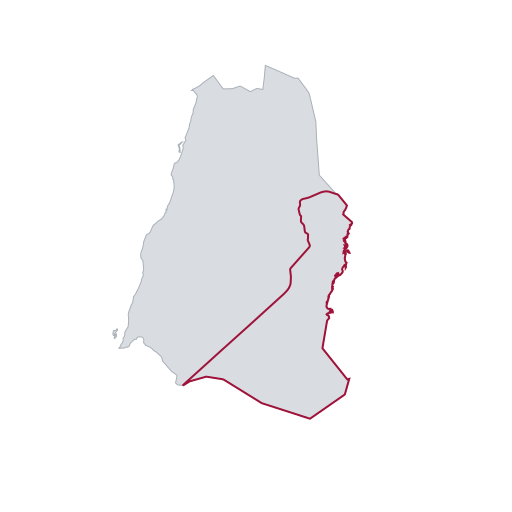 location of Ash Sharqiyah within Saudi Arabia, rotated 42°
{"feature_id": "SAU-1098", "entity_name": "Ash Sharqiyah", "entity_type": "Region", "adm_level": 1, "iso_a3": "SAU", "parent_name": "Saudi Arabia", "parent_adm1": "", "projection": "equal_earth", "projection_center": [49.771, 23.094], "detail": "fine", "context": "in_parent", "style": "outline", "palette": "rose", "viewbox_px": 512, "rotation_deg": 42, "n_neighbors": 0, "source": "natural_earth", "source_scale": "10m", "svg_char_len": 9426}
<svg xmlns="http://www.w3.org/2000/svg" viewBox="0 0 512 512"><g transform="rotate(42 256 256)"><path d="M358.7,361.5L315.6,369.3L313.3,370.1L299.8,379.0L290.5,393.8L288.3,400.8L287.2,401.9L285.4,403.3L283.7,404.3L281.1,404.1L278.0,398.7L277.2,397.6L276.5,397.5L270.7,398.3L258.7,396.8L256.7,396.5L254.1,394.7L253.4,394.3L252.7,394.2L246.5,394.1L243.3,394.7L240.4,394.5L237.3,394.8L236.2,395.5L235.0,395.5L234.2,396.1L233.5,396.4L232.7,395.8L231.8,396.0L230.4,395.5L229.5,394.3L228.6,393.3L227.7,392.7L226.7,392.4L225.8,392.4L224.7,393.0L224.0,393.6L222.2,395.6L222.2,396.4L222.9,397.6L222.7,398.2L221.7,398.9L221.3,400.8L221.2,401.9L221.0,404.4L221.4,406.4L222.0,407.1L222.0,408.0L221.7,409.7L220.7,410.2L220.0,411.8L219.6,412.6L218.8,413.4L215.9,416.3L215.8,414.6L214.9,412.2L214.8,410.4L214.4,408.7L213.6,407.3L212.2,405.9L212.1,404.0L211.0,402.1L209.6,400.6L208.9,397.8L208.3,394.1L204.6,389.2L200.0,384.7L198.6,382.1L196.4,376.9L195.3,372.8L192.2,368.1L192.1,366.3L191.7,364.1L191.0,361.7L190.6,359.7L187.6,351.3L186.6,349.9L185.8,348.0L185.6,346.5L185.3,345.7L183.2,344.4L181.2,340.8L175.1,335.2L172.1,334.6L169.7,332.6L168.0,330.0L166.2,325.4L163.0,320.5L160.4,313.6L161.3,311.1L161.3,309.3L160.5,306.3L159.7,304.0L159.1,301.8L159.7,298.7L160.0,295.2L160.6,293.3L161.0,291.3L160.6,287.2L159.7,285.0L159.9,283.5L158.8,282.8L158.0,281.3L158.9,281.3L157.4,279.1L156.8,277.8L156.3,274.9L155.6,272.6L153.2,267.4L152.1,264.3L149.6,260.2L146.8,257.2L145.0,255.8L144.1,254.6L142.6,254.5L141.0,252.8L139.9,252.7L138.4,252.4L136.9,249.0L135.6,245.8L133.3,241.7L133.9,240.6L134.7,238.8L134.4,236.5L134.1,234.9L133.2,232.1L130.0,225.0L129.1,223.9L127.6,222.8L126.9,219.7L126.5,216.9L124.2,215.6L120.6,205.7L118.3,202.3L117.5,199.9L115.0,196.1L113.8,192.3L111.2,188.8L109.1,182.8L105.7,176.7L104.2,175.7L100.5,175.3L98.9,174.8L97.4,176.1L97.4,174.5L98.5,172.1L100.2,167.3L100.7,163.0L103.5,150.4L119.3,153.7L120.1,153.5L126.4,147.6L130.1,140.9L130.9,140.2L141.6,137.7L142.0,137.3L144.3,131.4L144.6,131.0L144.9,130.7L149.6,127.7L142.6,117.6L135.4,108.1L165.3,98.2L165.9,98.0L168.1,95.7L181.0,98.2L186.0,99.3L187.6,100.2L210.7,116.2L222.0,127.8L248.8,153.4L249.1,153.6L273.6,156.2L276.2,155.5L282.9,156.5L289.7,157.7L290.9,160.7L291.4,162.8L291.8,164.9L293.1,166.8L298.8,166.7L304.7,166.6L305.5,168.5L305.9,170.3L307.4,174.8L309.6,178.3L310.1,179.5L310.5,181.4L310.1,182.1L309.9,183.0L311.6,184.9L314.3,186.5L315.4,186.9L316.6,187.6L315.6,188.7L317.2,191.3L319.1,193.9L321.1,194.5L323.8,198.4L327.8,201.0L330.3,204.3L330.1,204.4L329.3,204.1L328.4,203.6L328.1,204.0L328.2,205.4L328.4,207.1L329.7,208.5L330.8,209.5L331.3,211.5L330.4,215.7L330.1,215.7L329.5,215.3L328.8,215.2L328.5,215.5L329.3,218.5L330.0,220.8L330.9,222.7L331.7,225.4L332.3,226.5L334.9,229.4L335.8,231.8L336.5,236.2L338.2,238.7L339.1,240.7L340.3,242.3L341.1,244.5L342.2,246.2L342.7,246.7L343.6,246.8L344.7,246.9L346.0,246.4L347.3,246.0L348.4,246.9L349.5,246.7L349.6,247.5L348.9,248.6L348.0,251.4L349.3,251.9L350.5,252.1L351.4,252.5L351.9,252.5L351.9,253.1L352.0,255.8L352.3,256.8L367.2,280.2L406.2,286.6L406.5,286.5L407.5,284.9L414.6,299.3L404.9,340.8L358.7,361.5ZM203.3,409.1L204.5,409.2L204.1,408.6L204.0,408.2L204.5,407.3L206.2,409.3L206.1,411.6L205.9,412.1L205.5,411.6L205.2,411.1L205.1,410.6L204.6,410.0L203.0,410.4L201.9,409.8L200.5,407.8L200.1,406.4L200.7,406.1L201.4,405.4L201.8,404.3L201.4,403.1L202.3,403.3L202.8,404.5L202.8,407.2L203.0,407.8L202.7,408.4L203.3,409.1ZM129.5,230.2L129.1,230.2L128.1,228.8L127.5,227.8L126.9,227.2L124.0,225.8L123.7,224.9L124.1,224.0L124.4,224.9L124.9,225.4L127.3,226.7L129.9,229.4L130.3,229.6L129.5,230.2ZM125.1,223.5L124.9,223.8L124.3,223.1L124.4,221.5L125.0,220.6L124.9,221.9L125.1,223.1L125.1,223.5Z" fill="#d9dde1" stroke="#a8b0b8" stroke-width="1"/><path d="M340.3,243.2L341.4,245.4L342.2,246.4L342.9,246.8L343.9,247.0L344.7,247.0L345.5,246.6L346.5,245.6L346.6,245.8L347.3,245.6L347.7,246.1L347.9,245.9L347.9,246.3L347.7,246.6L347.7,246.8L347.8,247.0L347.8,247.7L347.9,247.8L348.1,247.7L348.3,247.5L348.8,246.6L349.2,246.2L349.3,246.0L349.3,245.5L349.5,245.6L350.0,245.7L350.2,246.3L350.6,246.3L350.8,246.5L350.0,247.1L349.9,247.4L349.5,247.9L349.3,248.4L348.4,249.2L347.9,250.1L347.8,251.3L347.5,251.4L347.5,252.1L348.5,252.3L348.9,252.2L349.3,251.8L349.6,251.8L350.6,252.0L350.8,252.3L351.3,252.9L351.9,253.1L352.0,253.9L352.0,255.8L352.1,256.3L352.3,256.8L366.9,279.8L367.2,280.1L367.6,280.2L406.2,286.6L406.5,286.6L407.5,284.9L414.4,298.9L414.6,299.3L414.6,299.8L405.0,340.8L358.8,361.5L314.6,369.5L313.2,370.2L300.0,378.8L299.6,379.2L290.6,393.5L290.4,394.1L288.6,400.4L288.1,401.2L293.3,350.4L297.6,309.7L302.1,265.4L302.2,260.9L302.0,258.4L301.6,256.9L301.0,255.1L300.4,253.8L299.8,252.9L295.9,248.1L290.6,243.4L290.3,243.0L290.0,242.3L289.9,241.4L289.7,214.2L289.5,213.2L289.2,212.4L288.8,212.0L284.0,209.7L283.7,209.5L283.4,209.1L283.0,208.3L280.5,205.4L280.2,205.1L279.9,205.0L279.5,205.0L277.2,205.5L276.5,205.4L275.8,205.0L272.1,201.8L271.2,201.2L270.5,200.9L269.9,200.8L267.4,200.7L266.7,200.5L266.4,200.3L265.8,199.8L264.4,198.1L263.4,196.8L263.1,196.5L262.8,196.2L261.4,196.1L260.7,195.8L256.5,192.9L256.1,192.5L255.8,191.9L255.6,191.4L255.2,189.6L255.0,189.2L254.8,188.8L254.1,188.0L252.7,186.8L252.1,185.9L252.0,185.5L252.0,185.1L252.0,184.4L252.1,183.8L252.5,182.7L252.9,182.0L255.4,178.4L256.2,177.1L261.6,165.4L262.6,163.8L263.7,162.3L265.2,160.7L267.3,159.3L274.4,156.2L274.6,155.9L276.2,155.5L289.7,157.6L290.6,159.4L291.4,162.0L291.5,163.6L291.8,164.8L292.0,165.3L293.0,166.2L293.1,166.8L304.5,166.6L304.9,167.1L305.5,167.4L305.5,167.6L305.7,168.4L305.7,169.1L305.5,169.6L305.2,169.4L305.1,169.7L305.4,169.7L305.6,169.6L305.8,169.5L305.9,169.1L306.1,169.3L306.1,169.5L305.9,169.8L305.8,170.3L305.9,171.1L306.1,171.5L307.3,173.1L307.4,173.3L307.2,173.7L307.0,174.1L307.0,174.5L307.1,174.9L307.8,176.2L307.8,176.5L308.5,177.0L309.2,177.0L309.9,177.3L309.8,177.7L309.7,177.7L309.2,177.8L309.2,178.2L309.6,178.8L309.9,179.2L310.2,179.3L310.6,180.0L311.2,180.7L311.2,180.9L311.1,181.3L311.1,181.8L311.1,182.1L310.8,182.7L310.6,182.9L310.7,182.5L310.7,182.0L310.7,181.7L310.9,181.4L310.8,181.1L310.6,181.4L310.3,182.1L310.1,182.3L310.4,181.2L310.3,180.8L310.2,180.9L310.1,181.1L309.8,182.6L309.8,182.9L309.7,183.1L309.9,183.2L310.0,182.7L310.2,183.5L310.4,183.7L310.5,183.5L310.6,183.3L310.7,183.5L310.7,184.1L310.9,184.2L311.0,184.1L311.2,183.7L311.2,184.1L311.1,184.3L311.1,184.6L310.9,184.7L311.1,185.2L310.7,185.0L310.8,185.4L311.0,185.4L311.3,185.2L311.4,184.8L311.5,184.8L311.6,185.1L311.4,185.3L311.3,185.7L311.4,186.0L311.7,186.0L311.8,185.9L311.6,185.5L311.7,185.3L311.9,185.2L312.5,185.1L313.2,185.8L313.8,186.1L313.9,186.3L313.7,186.6L313.9,186.7L314.1,186.7L314.1,186.3L314.6,186.5L315.2,186.6L315.7,186.3L316.6,186.6L316.8,186.8L317.2,187.4L317.5,187.7L317.6,187.8L317.7,188.5L317.4,188.4L317.3,188.2L316.9,188.4L316.1,188.3L315.8,188.7L315.7,188.7L315.6,188.3L315.4,188.3L314.8,188.7L315.4,188.9L315.7,189.3L315.9,189.4L316.1,189.6L316.4,189.2L316.6,188.9L316.9,189.2L316.8,189.5L316.4,189.9L316.3,190.9L316.7,190.7L317.0,190.4L317.7,190.6L317.6,191.0L317.8,192.2L317.7,193.0L317.8,193.4L318.1,193.3L318.1,193.7L318.2,193.9L318.3,193.8L318.5,193.6L318.4,193.3L318.6,193.1L318.8,193.1L319.0,193.3L319.1,193.2L319.2,193.4L318.9,194.3L318.5,194.3L318.6,194.5L319.0,194.6L319.1,194.9L319.2,194.7L319.5,194.2L319.5,194.3L319.5,194.7L320.0,194.6L320.6,194.8L320.9,194.9L320.5,194.3L320.3,194.0L320.6,193.7L321.0,194.0L321.3,194.0L321.6,193.6L321.4,194.4L321.4,194.7L321.5,195.4L321.9,195.7L322.2,196.1L323.1,197.7L323.5,198.4L324.1,198.7L324.6,199.3L325.5,199.8L326.1,200.3L327.2,200.4L327.6,200.7L328.1,201.2L328.8,202.4L329.1,203.0L330.2,204.0L330.4,204.3L330.5,204.8L329.8,204.1L329.4,203.8L328.4,203.6L328.2,203.4L328.1,202.6L327.9,203.1L327.8,203.4L327.8,203.9L327.8,204.1L328.1,204.6L328.1,206.2L328.5,207.7L328.7,208.0L328.9,208.3L329.2,208.5L330.5,209.1L330.9,209.6L331.2,210.2L331.3,211.2L331.3,213.4L331.2,213.9L331.1,214.3L330.8,214.5L330.8,214.2L330.7,214.1L330.4,214.4L330.5,214.9L330.4,215.6L330.2,217.0L329.9,216.8L329.9,216.5L329.9,215.9L329.7,215.6L329.3,215.2L329.1,215.1L329.1,214.5L329.0,214.2L328.7,213.8L328.5,213.7L328.4,213.7L328.0,214.6L327.7,214.9L327.7,215.2L328.0,215.5L328.2,216.2L327.9,216.3L327.9,216.5L328.0,217.4L327.9,217.7L328.1,217.8L328.4,217.6L328.5,217.3L328.4,217.0L328.5,217.0L328.8,217.4L329.0,217.4L329.0,217.8L329.6,217.9L329.7,218.2L329.8,218.6L330.0,218.9L330.0,219.1L329.7,219.4L329.8,220.4L330.2,221.4L330.5,222.1L331.4,223.4L331.8,224.2L331.9,225.2L331.6,224.2L331.3,224.0L330.9,223.7L330.7,223.4L330.4,223.2L330.2,223.1L330.2,223.5L330.3,223.8L330.7,224.1L330.8,224.3L330.9,224.1L331.0,224.1L331.6,225.5L333.3,228.2L333.7,228.6L333.5,227.8L333.8,227.6L334.0,228.1L334.1,228.3L334.3,228.6L335.1,228.9L335.2,229.1L335.5,230.0L335.4,230.2L335.6,230.5L335.9,231.6L336.0,232.1L335.9,233.0L335.9,233.3L336.4,234.5L336.4,234.8L336.3,235.6L336.4,236.4L336.6,236.9L336.7,237.1L336.9,236.7L337.3,237.1L337.8,238.1L338.1,238.4L338.4,239.8L338.8,240.1L339.1,240.4L339.2,241.2L339.3,242.4L339.6,243.4L339.8,243.6L340.0,243.6L340.3,243.2ZM321.1,190.2L321.8,190.6L323.3,191.1L323.1,191.3L322.4,191.0L322.1,191.0L321.9,191.2L321.5,191.5L321.4,191.4L321.1,191.3L321.1,191.1L321.3,191.0L321.3,190.9L321.1,190.7L320.3,190.8L320.1,191.0L319.8,191.7L319.8,191.2L320.1,190.6L320.5,190.3L321.0,190.2L321.1,190.2Z" fill="none" stroke="#9f1239" stroke-width="2"/></g></svg>